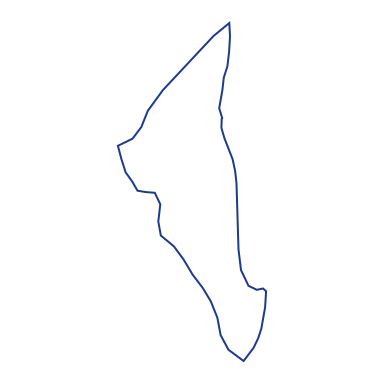 an SVG outline of Tutong
{"feature_id": "BRN-1184", "entity_name": "Tutong", "entity_type": "District", "adm_level": 1, "iso_a3": "BRN", "parent_name": "Brunei", "parent_adm1": "", "projection": "equal_earth", "projection_center": [114.706, 4.599], "detail": "fine", "context": "isolated", "style": "outline", "palette": "blue", "viewbox_px": 384, "rotation_deg": 0, "n_neighbors": 0, "source": "natural_earth", "source_scale": "10m", "svg_char_len": 743}
<svg xmlns="http://www.w3.org/2000/svg" viewBox="0 0 384 384"><path d="M222.2,118.0L221.7,118.6L221.4,127.9L224.5,138.4L232.6,159.2L235.1,170.9L236.5,183.4L238.5,249.4L241.0,270.1L248.5,285.8L256.8,289.8L263.0,288.5L266.1,291.2L265.1,307.4L261.3,328.8L258.2,338.2L253.6,347.8L243.6,361.0L243.4,360.9L242.5,360.2L228.5,349.8L220.6,335.1L217.4,317.8L210.8,301.3L202.7,287.9L192.6,274.6L183.5,259.4L173.9,246.4L160.8,235.5L158.3,221.4L160.3,204.3L154.8,192.8L145.2,192.0L137.5,190.7L132.0,181.2L125.6,172.3L121.5,159.4L117.9,145.8L132.5,138.7L141.3,127.1L147.8,110.8L162.9,90.1L213.6,35.9L229.3,23.0L230.0,36.3L229.1,51.8L227.4,66.3L223.8,77.6L222.4,90.0L219.2,108.2L222.1,117.8L222.2,118.0Z" fill="none" stroke="#1e3a8a" stroke-width="2"/></svg>